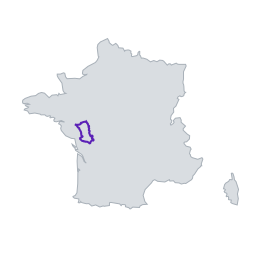 Deux-Sèvres on a map of France (Albers equal-area conic projection), rotated 352°
{"feature_id": "FRA-5285", "entity_name": "Deux-Sèvres", "entity_type": "Metropolitan department", "adm_level": 1, "iso_a3": "FRA", "parent_name": "France", "parent_adm1": "", "projection": "albers", "projection_center": [-0.346, 46.535], "detail": "fine", "context": "in_parent", "style": "outline", "palette": "violet", "viewbox_px": 256, "rotation_deg": 352, "n_neighbors": 0, "source": "natural_earth", "source_scale": "10m", "svg_char_len": 5576}
<svg xmlns="http://www.w3.org/2000/svg" viewBox="0 0 256 256"><g transform="rotate(352 128 128)"><path d="M190.0,100.7L188.5,101.8L187.7,103.7L186.7,104.2L184.9,104.4L183.9,103.3L181.7,104.3L180.9,105.5L182.4,106.8L178.5,113.0L175.8,114.8L175.5,118.6L172.4,121.7L171.4,124.8L171.3,125.4L172.3,126.3L172.1,128.3L170.5,129.7L170.6,130.9L171.1,131.1L173.6,129.8L174.5,128.6L173.8,127.1L176.3,124.9L181.0,125.0L181.8,127.5L181.4,129.7L185.2,134.1L182.5,136.5L182.4,138.0L185.9,142.4L188.0,144.2L187.3,147.4L184.2,149.8L182.1,149.8L181.3,150.4L181.4,151.4L183.1,154.1L186.8,155.6L187.6,157.7L186.7,158.6L185.3,162.0L186.2,163.5L186.0,164.3L186.4,165.3L187.5,166.3L192.7,168.7L197.1,167.7L197.8,169.2L195.5,173.8L195.8,175.7L194.5,175.8L194.3,176.5L191.6,178.2L187.5,182.9L185.6,184.4L184.9,186.7L183.8,188.0L177.5,191.0L176.2,190.6L173.0,190.9L170.9,189.5L167.1,188.7L165.7,186.6L162.1,186.4L161.8,184.9L157.0,186.6L149.9,184.9L147.3,182.9L145.3,183.6L143.6,185.6L136.4,191.3L133.6,196.8L134.5,203.2L136.4,206.2L131.7,205.9L129.0,207.0L128.3,208.3L121.7,207.0L119.3,208.4L118.6,208.3L117.7,207.0L114.5,205.6L114.9,204.5L114.5,203.6L111.4,202.9L110.4,203.9L109.2,202.0L100.7,199.3L99.3,199.4L98.8,202.2L93.4,202.2L92.6,201.7L89.1,202.3L85.3,199.7L81.2,200.2L78.7,197.4L76.2,197.2L72.7,195.8L71.2,195.0L71.0,194.2L69.9,195.4L68.6,195.1L68.3,194.7L69.2,193.2L69.4,191.4L65.1,190.0L64.0,188.7L64.0,188.1L66.3,187.5L68.4,185.1L70.5,176.1L72.1,165.5L73.1,163.6L74.4,163.0L73.4,161.6L72.1,163.4L73.0,153.7L74.5,146.5L78.0,149.5L78.8,150.8L79.9,155.1L81.8,157.0L80.6,155.2L79.3,149.4L78.5,147.8L73.0,142.9L72.8,141.8L75.3,142.4L74.3,138.7L73.8,131.2L70.5,130.4L65.2,127.0L61.6,121.2L61.3,119.0L62.3,116.7L61.4,115.2L59.9,114.2L61.2,112.2L62.2,112.1L66.0,113.3L63.0,111.3L57.9,111.9L55.9,111.2L55.6,109.8L57.0,108.1L55.4,106.9L52.5,107.1L52.1,106.6L53.0,105.4L52.3,104.9L50.0,105.3L48.7,104.8L47.5,103.4L43.7,102.9L42.9,102.0L37.8,100.2L32.3,100.2L31.0,97.2L27.7,95.7L28.4,94.8L31.8,94.1L32.5,93.4L30.1,92.1L29.3,90.8L33.7,90.8L31.8,89.5L27.6,89.3L27.1,87.6L27.7,85.8L30.3,84.4L36.5,83.0L41.0,83.1L44.2,81.3L47.3,80.8L50.2,81.9L54.1,87.0L57.4,84.9L62.1,85.1L63.1,86.4L64.4,84.1L65.4,85.5L71.3,85.1L69.9,84.2L68.9,82.1L68.8,74.3L65.9,68.6L65.2,66.5L65.4,64.8L68.8,65.2L71.7,64.4L73.0,65.0L73.3,68.6L74.5,70.7L82.4,71.4L87.0,72.6L90.8,70.5L94.4,69.5L94.7,69.1L92.6,69.3L90.7,68.4L90.5,67.4L91.4,64.6L96.9,61.4L104.8,58.6L106.8,56.8L109.1,53.5L108.5,52.7L108.7,44.0L109.8,41.1L112.7,38.9L120.2,36.6L121.3,39.4L121.3,40.9L123.4,43.3L124.4,44.0L127.7,42.5L129.4,44.8L130.0,47.3L134.1,48.2L135.4,51.5L136.1,50.7L138.6,50.7L139.8,50.9L141.6,52.3L141.2,54.3L142.0,55.3L141.4,57.2L141.9,57.9L146.6,57.6L147.9,56.7L148.4,54.8L149.8,53.6L150.3,53.9L149.7,57.4L150.4,58.3L150.9,60.7L152.6,60.8L156.2,62.5L159.4,65.6L162.9,64.8L165.9,66.4L168.8,65.2L171.6,65.9L172.7,66.8L175.6,71.2L177.5,70.1L179.0,70.5L179.6,71.7L184.8,70.5L185.9,71.6L187.0,72.0L193.9,73.0L194.2,74.7L190.8,80.0L189.8,87.2L188.9,89.7L188.7,91.5L189.1,92.7L189.1,94.6L188.7,99.2L189.3,100.5L190.0,100.7ZM226.2,191.2L226.2,194.1L227.5,196.1L228.9,204.2L227.2,208.5L227.4,213.3L225.4,219.4L220.8,217.3L219.4,216.1L220.3,213.8L217.6,212.9L218.0,210.7L217.6,209.6L215.9,209.7L215.7,209.2L216.8,207.4L216.7,206.4L214.9,205.3L214.4,204.2L215.9,202.8L215.0,201.7L214.1,201.5L215.8,197.5L217.1,196.2L220.3,194.8L221.5,193.2L223.7,193.7L224.1,193.3L224.0,187.3L224.8,187.1L225.6,187.8L226.2,191.2ZM73.3,139.2L72.8,140.9L70.7,137.9L70.4,136.2L73.3,139.2Z" fill="#d9dde1" stroke="#a8b0b8" stroke-width="1"/><path d="M81.3,134.6L81.0,134.5L80.7,134.3L79.5,132.8L79.2,132.5L79.3,132.2L79.2,131.7L79.1,131.4L79.5,131.2L79.9,131.0L80.1,130.9L80.5,130.9L81.1,130.4L81.3,130.3L81.5,130.4L81.8,130.2L81.8,129.9L81.6,129.7L81.2,129.3L80.9,129.4L80.8,129.0L80.8,128.8L80.9,128.5L80.9,128.4L80.7,127.2L80.8,126.9L81.0,126.7L81.0,126.4L80.9,125.8L80.9,125.4L80.8,125.1L80.6,124.9L80.5,124.7L80.5,124.4L80.5,124.1L80.4,123.9L80.0,123.1L79.7,122.6L79.6,122.2L79.7,121.8L79.7,121.6L79.7,121.4L79.3,121.0L78.5,120.5L78.4,120.4L78.3,120.1L78.2,119.8L78.2,119.4L78.1,119.2L77.9,119.0L77.6,118.8L77.5,118.6L77.3,118.2L77.1,118.0L76.6,117.6L76.7,117.4L76.8,117.3L77.0,117.4L77.6,117.8L77.8,117.8L78.1,117.9L78.8,117.7L79.2,117.8L80.0,117.9L80.8,117.8L81.1,117.7L81.4,117.5L81.9,117.2L82.0,117.1L81.8,116.7L82.0,116.4L82.4,116.2L82.5,116.2L83.0,116.4L83.9,116.1L84.3,115.9L85.7,115.8L86.5,115.8L86.7,115.7L86.9,115.7L87.0,115.7L87.2,115.9L87.2,116.1L87.3,116.2L87.3,116.3L87.7,116.5L87.8,116.3L88.1,117.0L88.2,117.6L88.3,117.7L88.4,117.8L88.6,117.8L88.8,118.1L88.7,118.4L88.7,118.6L89.1,119.8L89.3,120.2L89.6,120.4L89.7,120.6L89.7,120.9L89.5,121.1L89.3,121.0L89.1,121.0L89.1,121.4L89.1,121.9L89.1,122.2L89.2,122.3L89.4,122.5L89.5,122.7L89.5,122.8L89.5,123.1L89.3,123.5L89.1,123.9L89.0,124.2L88.9,124.5L89.0,124.9L89.0,125.0L89.5,125.3L89.6,125.6L89.6,125.8L89.2,126.7L88.9,127.1L88.9,127.3L88.9,127.5L88.9,127.8L89.1,128.0L89.2,128.5L89.2,129.2L89.3,129.5L89.6,129.8L89.6,130.0L89.6,130.4L89.7,130.7L90.0,131.1L90.3,131.3L90.5,131.2L90.7,130.9L90.9,130.7L91.1,130.5L91.4,130.5L91.7,130.8L91.8,131.2L91.7,131.7L91.5,132.1L91.0,132.8L90.9,133.0L90.8,133.3L90.8,133.5L91.0,133.8L91.9,134.2L92.1,134.3L92.2,134.6L92.1,134.8L92.1,135.0L92.1,135.4L91.8,135.6L91.6,135.5L91.5,135.4L91.2,135.3L90.6,135.4L89.9,135.7L89.2,136.3L88.8,137.0L88.7,137.4L88.5,137.7L88.3,137.8L88.0,137.9L87.7,137.8L87.0,136.9L85.8,136.0L85.2,135.8L84.3,135.8L83.6,135.3L83.3,135.2L82.7,135.3L82.4,135.1L82.2,134.7L81.9,134.6L81.3,134.6Z" fill="none" stroke="#5b21b6" stroke-width="2"/></g></svg>